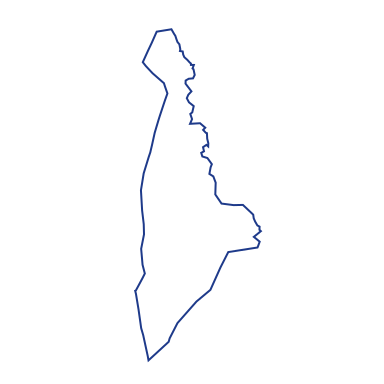 the district of Kaminaria, Limassol, Cyprus, rotated 355°
{"feature_id": "46923920B39379089198364", "entity_name": "Kaminaria", "entity_type": "district", "adm_level": 2, "iso_a3": "CYP", "parent_name": "Cyprus", "parent_adm1": "Limassol", "projection": "natural_earth1", "projection_center": [32.783, 34.924], "detail": "fine", "context": "isolated", "style": "outline", "palette": "blue", "viewbox_px": 384, "rotation_deg": 355, "n_neighbors": 0, "source": "geoboundaries", "source_scale": "gbopen_adm2", "svg_char_len": 1532}
<svg xmlns="http://www.w3.org/2000/svg" viewBox="0 0 384 384"><g transform="rotate(355 192 192)"><path d="M126.8,285.5L127.3,288.7L128.5,304.3L129.5,323.2L130.9,330.3L133.6,351.5L134.0,355.9L155.7,339.2L157.0,335.8L166.1,321.3L186.9,301.5L201.8,291.1L213.8,269.6L222.9,255.0L252.4,253.0L252.8,252.3L254.5,248.7L255.1,247.4L249.7,242.1L257.2,237.0L255.9,235.5L256.3,232.4L254.2,231.0L252.3,226.9L251.2,223.6L251.0,219.9L241.6,209.3L232.4,208.7L220.4,206.1L215.0,196.5L216.4,184.8L214.6,178.3L210.9,175.5L212.7,169.0L214.2,166.0L210.3,159.5L205.4,157.5L204.6,153.8L207.5,152.5L206.9,148.3L210.5,146.3L212.1,148.0L212.5,144.8L211.8,140.3L212.0,134.7L211.0,134.3L208.5,131.1L210.8,129.1L206.0,124.2L196.0,123.9L198.4,119.4L197.1,114.1L199.2,112.7L201.2,106.6L196.8,102.4L195.0,98.1L196.8,94.8L200.2,91.7L195.0,83.5L195.4,80.4L198.6,78.9L200.6,78.9L202.9,78.9L204.9,75.6L204.2,69.9L203.3,69.0L204.9,65.6L202.0,65.3L202.1,63.9L201.0,62.8L198.9,60.0L196.1,57.0L195.2,54.3L195.0,51.2L192.3,50.5L192.8,48.8L192.3,43.8L190.6,41.3L189.8,38.4L189.0,34.9L188.0,33.1L185.7,28.1L170.8,29.2L164.9,39.9L160.5,47.4L154.3,58.4L157.0,62.5L163.0,70.2L172.4,80.0L173.5,81.1L174.3,84.6L176.1,91.7L172.9,98.7L166.6,113.3L164.9,117.4L160.7,128.0L160.0,129.8L156.2,141.9L154.7,146.4L153.9,148.9L152.0,153.2L145.5,169.2L141.3,185.8L140.7,206.1L141.1,219.2L141.1,219.4L141.1,220.1L140.5,230.0L136.4,244.2L136.4,260.2L137.9,269.1L135.0,273.8L131.2,279.6L127.5,285.2L127.3,285.3L127.2,285.4L126.8,285.5Z" fill="none" stroke="#1e3a8a" stroke-width="2"/></g></svg>